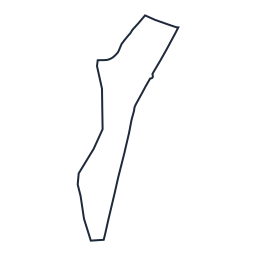 outline of Qasr Al-Nile, Al Qahirah, Egypt
{"feature_id": "37247803B52731964573716", "entity_name": "Qasr Al-Nile", "entity_type": "district", "adm_level": 2, "iso_a3": "EGY", "parent_name": "Egypt", "parent_adm1": "Al Qahirah", "projection": "natural_earth1", "projection_center": [31.236, 30.043], "detail": "fine", "context": "isolated", "style": "outline", "palette": "slate", "viewbox_px": 256, "rotation_deg": 0, "n_neighbors": 0, "source": "geoboundaries", "source_scale": "gbopen_adm2", "svg_char_len": 1042}
<svg xmlns="http://www.w3.org/2000/svg" viewBox="0 0 256 256"><path d="M178.3,27.4L176.2,27.2L170.5,25.3L155.1,19.9L145.1,15.4L144.8,15.7L144.3,16.3L138.2,23.5L132.9,29.3L132.3,30.1L131.7,31.0L131.5,31.4L130.9,32.4L130.4,33.1L130.0,33.7L128.9,34.8L125.0,39.5L122.4,42.9L121.6,43.9L121.0,45.4L119.6,48.7L118.4,51.5L118.0,52.1L117.6,52.8L116.3,54.2L114.8,55.7L114.6,55.9L114.4,56.1L112.7,57.5L110.6,58.7L108.6,59.5L107.9,59.7L107.2,59.9L104.5,60.1L98.2,60.2L97.9,60.3L97.7,60.3L97.0,66.1L102.0,88.7L102.3,109.9L102.6,129.2L93.7,148.8L86.8,160.1L78.7,173.4L77.7,184.5L80.6,196.1L84.0,218.8L90.8,240.6L91.0,240.6L91.3,240.6L103.7,239.8L105.1,234.2L108.1,220.7L114.8,192.5L118.1,177.8L122.9,158.9L124.5,152.5L125.4,148.5L129.0,133.2L131.6,119.6L133.9,111.3L134.6,107.0L135.0,106.2L135.3,105.6L135.7,104.6L142.2,92.8L145.6,86.4L150.1,78.6L150.4,78.6L150.7,78.5L152.1,78.0L152.4,77.6L152.7,77.3L152.8,76.0L152.7,75.0L152.7,74.9L152.4,74.1L153.1,72.7L160.8,59.7L167.1,48.5L175.7,32.5L178.3,27.4Z" fill="none" stroke="#1e293b" stroke-width="2"/></svg>